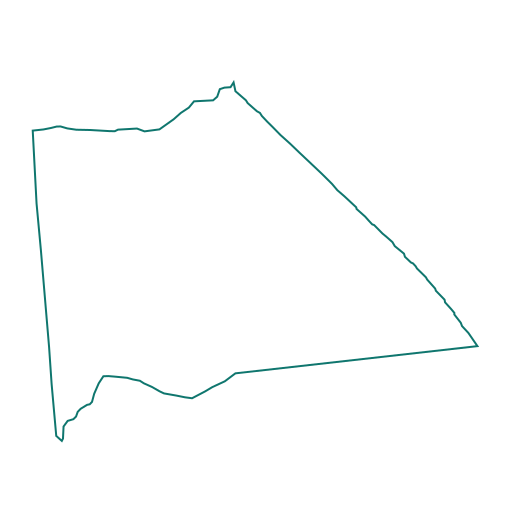 the district of Arlit, Agadez, Niger, rotated 87°
{"feature_id": "23599985B35740417673211", "entity_name": "Arlit", "entity_type": "district", "adm_level": 2, "iso_a3": "NER", "parent_name": "Niger", "parent_adm1": "Agadez", "projection": "albers", "projection_center": [7.12, 19.518], "detail": "fine", "context": "isolated", "style": "outline", "palette": "teal", "viewbox_px": 512, "rotation_deg": 87, "n_neighbors": 0, "source": "geoboundaries", "source_scale": "gbopen_adm2", "svg_char_len": 1401}
<svg xmlns="http://www.w3.org/2000/svg" viewBox="0 0 512 512"><g transform="rotate(87 256 256)"><path d="M373.2,466.8L425.2,464.9L430.5,459.6L428.2,458.3L416.2,457.1L410.8,452.7L409.4,446.9L406.9,444.1L402.3,442.2L399.4,439.1L395.8,432.5L395.4,429.8L393.1,427.4L385.1,424.8L374.9,419.7L368.1,414.7L368.2,409.7L369.1,403.1L370.9,391.0L372.8,385.5L374.5,378.5L377.3,374.6L381.3,366.8L386.0,359.5L388.4,355.1L391.2,342.9L393.4,334.3L394.7,327.3L388.6,314.0L384.6,306.4L379.5,293.7L372.1,282.7L357.6,39.6L344.0,47.9L336.8,53.9L333.4,55.0L324.8,61.0L323.2,60.9L319.2,63.9L312.2,69.6L309.5,70.0L300.1,78.2L297.9,78.8L288.5,86.3L286.2,87.4L276.9,95.9L274.6,97.1L271.6,99.6L270.6,101.6L264.6,107.3L261.4,108.1L253.4,116.9L249.3,119.0L243.6,124.8L240.2,128.5L231.3,136.4L230.5,138.3L226.3,141.8L222.4,144.9L214.3,153.1L212.6,153.4L201.0,164.6L194.6,171.3L188.0,176.3L177.2,186.1L155.3,207.0L145.8,215.9L136.4,225.3L128.1,232.6L122.5,237.7L116.5,242.8L113.3,244.6L111.5,247.5L102.9,256.3L100.0,257.9L90.4,267.9L81.5,269.3L86.1,272.6L86.2,278.7L87.5,283.4L94.9,286.4L98.3,290.7L98.3,309.8L104.3,315.3L109.2,323.6L115.1,331.0L124.5,345.8L125.7,360.8L122.5,368.2L122.6,387.2L124.0,390.5L123.6,396.0L121.5,415.0L120.5,428.8L118.7,437.8L116.4,444.4L116.3,448.3L117.4,453.9L118.5,461.6L119.1,472.4L192.0,472.4L239.2,470.5L305.1,468.4L336.1,467.4L373.2,466.8Z" fill="none" stroke="#0f766e" stroke-width="2"/></g></svg>